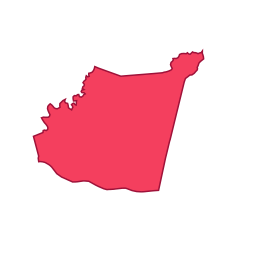 Porto da Folha, Sergipe, Brazil, rotated 161°
{"feature_id": "56859067B74196291305545", "entity_name": "Porto da Folha", "entity_type": "district", "adm_level": 2, "iso_a3": "BRA", "parent_name": "Brazil", "parent_adm1": "Sergipe", "projection": "orthographic", "projection_center": [-37.424, -9.906], "detail": "fine", "context": "isolated", "style": "filled", "palette": "rose", "viewbox_px": 256, "rotation_deg": 161, "n_neighbors": 0, "source": "geoboundaries", "source_scale": "gbopen_adm2", "svg_char_len": 2434}
<svg xmlns="http://www.w3.org/2000/svg" viewBox="0 0 256 256"><g transform="rotate(161 128 128)"><path d="M193.1,93.6L187.8,92.6L186.3,92.1L182.4,90.4L177.0,84.4L174.8,82.2L170.6,78.4L167.9,76.6L166.6,76.3L164.3,75.6L161.4,74.8L159.9,74.5L153.2,73.0L150.1,72.0L148.9,71.2L144.6,67.6L140.5,65.1L136.1,63.3L133.3,62.5L126.4,60.9L124.3,60.4L119.4,59.1L102.0,87.9L101.0,89.4L96.6,96.3L92.9,102.1L92.1,103.1L84.9,114.3L77.0,126.6L75.7,128.6L60.0,153.0L57.6,156.1L56.1,156.6L54.8,157.0L52.4,157.9L50.2,157.4L47.5,158.2L45.3,159.5L44.0,160.1L43.0,161.3L42.8,162.8L41.2,164.4L39.9,166.2L38.1,167.2L36.3,167.9L34.0,168.7L33.5,170.9L33.4,172.7L33.4,174.5L32.6,176.6L34.2,175.5L35.9,175.6L37.6,175.5L38.6,176.5L40.0,177.4L41.2,177.8L42.2,178.9L43.9,178.1L45.4,177.5L46.7,178.5L47.3,179.8L48.8,179.3L51.0,180.3L53.3,180.9L55.3,180.7L56.5,179.2L57.9,178.2L59.8,178.0L61.4,178.7L62.9,179.0L63.0,177.6L64.3,176.6L65.9,176.0L67.2,174.0L67.1,172.0L66.8,169.9L67.9,169.0L69.3,168.7L70.6,168.6L72.6,168.6L74.1,168.7L75.6,169.0L77.5,169.0L85.9,171.1L94.9,173.4L110.0,177.3L117.9,179.3L126.5,186.2L136.3,194.1L139.4,196.9L140.6,195.0L141.8,193.7L143.5,192.5L145.3,192.3L147.3,192.5L147.8,191.1L147.9,189.5L149.4,189.5L150.4,191.0L151.4,189.7L151.9,187.8L153.2,187.0L154.4,186.6L155.8,185.5L155.1,183.5L155.7,182.2L157.2,181.7L158.3,180.2L157.2,178.7L159.3,178.9L160.4,177.7L160.0,176.4L158.2,175.7L157.4,174.2L159.0,173.9L160.4,172.8L162.1,172.4L163.7,173.4L163.7,175.7L165.0,176.0L166.3,175.3L168.2,176.1L169.8,175.3L170.4,173.5L170.7,171.3L169.0,170.9L167.7,170.6L168.5,169.1L168.9,167.9L169.6,166.6L170.6,167.6L171.1,169.2L172.6,169.1L173.9,168.4L173.4,167.1L173.4,165.5L174.6,164.5L175.4,163.5L176.5,164.8L177.7,166.5L177.2,168.9L177.1,170.9L178.9,172.1L179.3,173.9L178.0,175.5L180.6,175.1L184.4,173.3L185.2,171.4L185.5,169.8L187.0,169.4L188.6,169.2L190.2,170.0L191.3,171.2L191.7,172.5L192.6,174.6L193.7,176.2L195.9,175.2L196.9,174.3L197.8,172.5L197.9,170.2L197.7,168.0L197.4,166.0L198.4,164.7L199.6,164.1L200.9,164.4L202.6,165.0L204.5,165.8L206.5,165.8L206.2,164.0L205.8,162.3L205.3,160.3L204.5,158.5L204.0,157.0L203.6,155.4L203.7,154.1L204.4,152.8L206.1,152.2L207.6,153.2L209.0,153.2L209.9,151.4L220.1,150.9L221.6,130.5L222.7,128.7L223.4,125.2L221.8,124.8L219.5,123.7L217.6,122.4L215.2,119.7L214.4,118.7L213.7,117.6L212.8,115.8L210.2,108.0L206.7,103.2L197.9,95.0L195.1,94.1L193.1,93.6Z" fill="#f43f5e" stroke="#9f1239" stroke-width="1.5"/></g></svg>